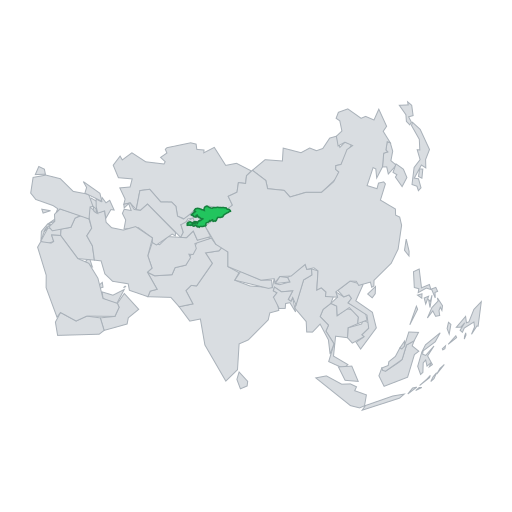 Asia, with Kyrgyzstan highlighted
{"feature_id": "KGZ", "entity_name": "Kyrgyzstan", "entity_type": "country or territory", "adm_level": 0, "iso_a3": "KGZ", "parent_name": "Asia", "parent_adm1": "", "projection": "orthographic", "projection_center": [73.132, 41.224], "detail": "fine", "context": "in_parent", "style": "filled", "palette": "green", "viewbox_px": 512, "rotation_deg": 0, "n_neighbors": 45, "source": "natural_earth", "source_scale": "50m", "svg_char_len": 17048}
<svg xmlns="http://www.w3.org/2000/svg" viewBox="0 0 512 512"><path d="M251.2,170.9L246.5,175.7L245.6,183.5L238.4,182.6L237.0,192.2L228.2,196.3L232.4,205.1L230.4,209.7L207.0,205.8L204.2,210.0L195.3,208.9L184.9,219.2L177.5,216.1L175.9,206.3L171.7,202.1L160.8,202.0L149.7,189.3L139.9,190.6L136.2,209.6L130.2,202.9L123.8,204.3L125.1,199.1L119.8,187.9L130.1,187.0L132.2,178.9L118.4,177.7L113.2,165.2L120.1,156.1L122.3,159.9L131.9,152.8L145.7,161.8L164.0,164.0L165.2,161.7L160.6,157.4L166.9,153.0L165.3,149.3L167.0,147.7L190.7,142.8L196.1,144.1L196.8,149.4L204.0,150.0L203.8,152.8L214.3,147.4L225.7,165.4L236.5,163.3L251.2,170.9Z" fill="#d9dde1" stroke="#a8b0b8" stroke-width="1"/><path d="M136.2,209.6L139.9,190.6L149.7,189.3L160.8,202.0L171.7,202.1L175.9,206.3L177.5,216.1L183.5,219.1L194.4,211.1L192.2,215.0L202.5,218.6L197.4,222.3L192.7,221.8L193.1,218.0L187.7,219.0L184.3,225.1L180.9,224.7L183.3,232.3L180.7,237.4L147.5,204.1L140.4,210.4L136.2,209.6Z" fill="#d9dde1" stroke="#a8b0b8" stroke-width="1"/><path d="M481.3,301.6L478.1,326.2L476.9,326.0L471.5,334.3L474.5,327.0L473.9,322.0L464.3,328.0L462.4,332.3L460.1,330.3L464.7,322.8L460.8,327.2L456.3,327.3L465.6,316.4L466.4,322.8L468.9,321.9L473.9,309.4L481.3,301.6ZM436.6,372.7L434.0,378.6L430.8,381.5L433.1,376.8L436.6,372.7ZM464.3,339.1L464.5,336.6L465.7,332.8L466.0,335.0L464.3,339.1ZM414.1,340.8L412.2,345.9L418.8,351.2L414.4,354.6L407.6,377.2L384.1,386.3L378.9,375.8L381.8,368.0L385.5,371.2L398.9,362.3L402.1,359.5L406.5,345.0L414.1,340.8ZM448.2,344.3L455.8,335.8L456.6,337.6L448.2,344.3ZM444.9,348.7L442.8,349.9L442.3,348.8L445.5,345.8L444.9,348.7ZM448.5,322.3L450.9,324.4L449.2,334.1L447.1,328.5L448.5,322.3ZM425.5,344.8L440.2,332.8L435.2,341.8L423.1,350.9L422.6,354.2L425.7,355.4L434.0,346.0L427.6,355.9L432.4,364.6L429.3,366.8L431.2,362.5L427.0,366.1L425.7,360.0L423.2,362.9L422.9,372.4L420.6,374.5L417.7,366.3L421.8,352.1L425.5,344.8ZM421.8,387.5L415.7,390.5L419.2,387.5L421.8,387.5ZM419.6,385.5L427.0,379.0L430.3,375.4L429.5,377.7L419.6,385.5ZM412.6,388.0L416.8,387.1L407.8,394.0L412.6,388.0ZM365.5,405.5L392.8,396.0L404.2,394.1L399.6,398.1L362.2,410.2L365.5,405.5ZM354.7,390.7L366.4,394.9L364.5,405.8L359.6,407.9L350.4,405.6L315.8,377.9L326.4,375.9L341.7,384.2L350.4,383.9L356.5,386.8L354.7,390.7Z" fill="#d9dde1" stroke="#a8b0b8" stroke-width="1"/><path d="M436.6,374.2L440.0,368.4L444.3,364.5L436.6,374.2Z" fill="#d9dde1" stroke="#a8b0b8" stroke-width="1"/><path d="M50.4,224.4L45.0,229.7L40.9,240.9L41.4,231.4L47.5,224.1L50.4,224.4Z" fill="#d9dde1" stroke="#a8b0b8" stroke-width="1"/><path d="M54.8,221.3L47.6,224.1L54.9,219.1L54.8,221.3Z" fill="#d9dde1" stroke="#a8b0b8" stroke-width="1"/><path d="M47.9,228.1L43.9,232.0L46.9,226.8L47.9,228.1Z" fill="#d9dde1" stroke="#a8b0b8" stroke-width="1"/><path d="M47.9,228.1L61.1,228.9L60.6,235.5L51.6,235.0L53.7,241.5L44.6,244.4L40.9,240.9L47.9,228.1Z" fill="#d9dde1" stroke="#a8b0b8" stroke-width="1"/><path d="M102.1,291.9L112.9,295.2L124.2,289.5L116.4,304.2L103.0,298.5L102.1,291.9Z" fill="#d9dde1" stroke="#a8b0b8" stroke-width="1"/><path d="M99.1,288.5L99.4,284.9L102.3,282.4L103.0,287.2L99.1,288.5Z" fill="#d9dde1" stroke="#a8b0b8" stroke-width="1"/><path d="M89.4,257.8L92.3,266.8L85.3,261.6L89.4,257.8Z" fill="#d9dde1" stroke="#a8b0b8" stroke-width="1"/><path d="M60.6,235.5L61.1,228.9L70.9,227.3L75.0,218.2L82.0,215.3L89.0,219.0L91.7,228.2L86.8,235.8L92.4,245.8L94.4,260.1L77.8,258.6L60.6,235.5Z" fill="#d9dde1" stroke="#a8b0b8" stroke-width="1"/><path d="M117.4,303.4L124.3,293.5L138.7,309.3L128.3,317.8L127.1,324.0L104.1,330.4L100.3,317.9L114.9,316.4L119.1,307.3L117.4,303.4ZM125.6,286.7L123.5,287.6L125.1,286.2L125.6,286.7Z" fill="#d9dde1" stroke="#a8b0b8" stroke-width="1"/><path d="M347.5,337.7L348.0,327.8L361.6,324.0L363.0,320.1L368.5,322.7L368.7,328.3L362.0,334.8L364.2,336.7L352.3,343.1L347.5,337.7Z" fill="#d9dde1" stroke="#a8b0b8" stroke-width="1"/><path d="M357.7,323.7L348.0,327.8L347.5,337.7L335.6,336.2L333.5,356.1L347.9,364.6L343.5,368.4L328.7,361.6L334.0,343.8L325.9,331.1L328.5,325.2L320.1,316.6L323.1,309.4L330.8,303.4L336.7,306.1L337.2,315.7L346.0,308.5L353.2,310.1L358.4,317.1L357.7,323.7Z" fill="#d9dde1" stroke="#a8b0b8" stroke-width="1"/><path d="M367.0,320.1L357.7,323.7L358.4,317.1L349.3,307.6L337.2,315.7L336.7,306.1L330.8,303.4L337.5,297.2L335.8,291.9L343.8,296.9L349.0,294.9L351.5,298.4L348.1,302.9L365.4,312.4L367.0,320.1Z" fill="#d9dde1" stroke="#a8b0b8" stroke-width="1"/><path d="M330.8,303.4L323.1,309.4L320.1,316.6L328.5,325.2L325.9,331.1L334.0,343.8L330.1,354.1L328.4,339.8L320.1,324.1L312.5,332.1L306.7,332.0L306.2,321.6L294.8,308.1L303.6,279.9L311.8,275.0L311.5,268.9L318.0,270.9L316.8,290.0L321.3,287.8L326.0,292.0L325.5,296.5L334.0,295.0L330.8,303.4Z" fill="#d9dde1" stroke="#a8b0b8" stroke-width="1"/><path d="M356.1,342.3L364.2,336.7L362.0,334.8L368.7,328.3L367.0,315.2L348.1,302.9L351.5,298.4L349.0,294.9L343.8,296.9L337.8,290.4L350.0,281.1L363.0,284.8L355.8,300.8L372.4,312.3L376.3,327.9L360.6,349.1L356.1,342.3Z" fill="#d9dde1" stroke="#a8b0b8" stroke-width="1"/><path d="M390.3,142.8L392.7,151.2L390.9,160.7L396.3,165.2L388.3,174.0L386.7,166.9L382.5,166.9L382.8,162.4L383.7,153.2L387.7,151.9L385.9,150.0L387.2,141.7L390.3,142.8Z" fill="#d9dde1" stroke="#a8b0b8" stroke-width="1"/><path d="M393.0,172.4L396.0,163.9L403.4,169.2L406.9,177.5L402.1,186.6L395.4,177.1L396.9,174.7L393.0,172.4Z" fill="#d9dde1" stroke="#a8b0b8" stroke-width="1"/><path d="M252.4,170.3L265.1,159.7L282.4,161.0L283.2,148.1L301.0,152.7L309.7,148.0L316.4,150.7L322.8,148.5L329.7,138.1L336.4,136.2L339.9,147.4L344.9,142.2L351.9,143.8L341.0,164.5L335.8,165.6L335.7,169.4L338.8,172.0L336.4,178.4L321.5,192.4L305.7,192.4L290.0,197.0L284.2,190.4L267.6,188.7L265.8,180.5L252.4,170.3Z" fill="#d9dde1" stroke="#a8b0b8" stroke-width="1"/><path d="M311.5,268.9L311.8,275.0L303.6,279.9L296.1,305.0L292.7,297.8L291.1,301.4L288.2,299.4L292.7,290.9L281.4,291.8L274.5,287.1L273.3,290.8L277.0,292.8L273.5,297.2L276.5,298.0L278.8,310.4L269.8,312.9L268.2,319.9L248.3,339.9L239.1,343.9L237.5,369.7L225.8,381.1L204.9,345.0L200.4,319.0L189.8,321.1L179.1,306.7L192.9,303.9L185.9,290.6L191.2,285.4L196.6,285.9L212.3,263.4L205.5,252.9L219.0,250.8L222.9,246.2L227.9,252.0L227.9,266.6L239.0,272.7L234.8,280.2L250.0,286.0L272.3,287.6L274.2,278.7L275.3,283.6L279.7,284.7L289.8,281.9L287.6,277.6L305.2,264.4L306.8,269.4L311.5,268.9Z" fill="#d9dde1" stroke="#a8b0b8" stroke-width="1"/><path d="M292.7,297.8L295.6,312.0L289.9,302.7L285.6,303.5L285.2,308.4L279.2,308.5L273.5,297.2L277.0,292.8L273.3,290.8L274.5,287.1L281.4,291.8L292.7,290.9L288.2,299.4L291.1,301.4L292.7,297.8Z" fill="#d9dde1" stroke="#a8b0b8" stroke-width="1"/><path d="M287.6,277.6L289.8,281.9L275.3,283.6L279.8,276.5L287.6,277.6Z" fill="#d9dde1" stroke="#a8b0b8" stroke-width="1"/><path d="M271.6,280.2L272.3,287.6L268.5,288.4L234.8,280.2L240.7,271.3L261.1,280.2L271.6,280.2Z" fill="#d9dde1" stroke="#a8b0b8" stroke-width="1"/><path d="M222.9,246.2L219.0,250.8L205.5,252.9L212.3,263.4L196.6,285.9L191.2,285.4L185.9,290.6L192.9,303.9L179.1,306.7L170.9,297.4L147.9,296.7L150.2,291.1L157.1,289.3L147.4,272.2L154.7,275.8L172.0,274.7L175.1,267.6L185.9,265.1L197.4,241.4L211.3,238.1L215.9,244.4L222.9,246.2Z" fill="#d9dde1" stroke="#a8b0b8" stroke-width="1"/><path d="M167.9,236.6L186.4,237.7L193.3,231.0L197.4,240.2L203.4,236.3L211.3,238.1L194.9,243.6L196.3,248.5L193.1,254.5L188.9,254.2L190.5,257.7L185.9,265.1L175.1,267.6L172.0,274.7L154.7,275.8L147.4,272.2L152.0,268.1L147.8,255.8L152.3,242.5L159.6,244.7L167.9,236.6Z" fill="#d9dde1" stroke="#a8b0b8" stroke-width="1"/><path d="M180.7,237.4L183.3,232.3L180.9,224.7L193.1,218.0L194.4,221.8L188.0,225.3L205.1,226.1L210.6,236.6L197.4,240.2L193.3,231.0L186.4,237.7L180.7,237.4Z" fill="#d9dde1" stroke="#a8b0b8" stroke-width="1"/><path d="M123.8,204.3L130.2,202.9L134.2,209.5L140.4,210.4L147.5,204.1L175.6,232.7L175.3,235.9L172.2,234.1L156.4,245.0L152.3,242.5L152.5,238.0L138.3,227.6L124.0,229.0L125.7,220.0L122.4,213.4L124.2,209.3L131.1,210.5L128.7,203.6L124.2,207.9L123.8,204.3Z" fill="#d9dde1" stroke="#a8b0b8" stroke-width="1"/><path d="M94.4,260.1L92.4,245.8L86.8,235.8L91.7,228.2L88.2,214.3L90.1,206.9L96.3,212.9L104.6,210.9L106.1,222.3L111.6,227.7L123.4,230.1L135.6,226.6L152.5,238.0L147.8,255.8L152.0,268.1L147.4,272.2L157.1,289.3L150.2,291.1L147.9,296.7L129.4,290.3L128.2,283.8L112.6,281.3L104.9,273.9L101.1,260.9L94.4,260.1Z" fill="#d9dde1" stroke="#a8b0b8" stroke-width="1"/><path d="M49.0,226.9L54.8,221.3L54.5,214.3L59.9,208.9L80.2,215.4L75.0,218.2L70.9,227.3L52.3,230.8L49.0,226.9Z" fill="#d9dde1" stroke="#a8b0b8" stroke-width="1"/><path d="M97.7,213.2L89.9,202.2L91.0,198.0L97.4,201.8L97.7,213.2Z" fill="#d9dde1" stroke="#a8b0b8" stroke-width="1"/><path d="M89.0,219.0L59.9,208.9L56.1,212.7L57.7,208.7L53.1,205.6L35.8,199.5L30.7,193.1L33.1,177.4L45.9,175.1L60.3,178.7L73.2,191.4L88.6,194.3L93.0,206.4L90.1,206.9L89.0,219.0ZM38.8,166.5L44.4,169.2L45.4,174.2L35.3,174.6L38.8,166.5Z" fill="#d9dde1" stroke="#a8b0b8" stroke-width="1"/><path d="M247.7,381.4L247.1,386.0L240.4,388.8L236.9,379.4L239.1,372.0L247.7,381.4Z" fill="#d9dde1" stroke="#a8b0b8" stroke-width="1"/><path d="M372.2,297.8L367.7,294.0L375.5,286.5L375.2,293.8L372.2,297.8ZM205.1,226.1L232.4,205.1L228.2,196.3L237.0,192.2L238.4,182.6L245.6,183.5L246.5,175.7L252.4,170.3L265.8,180.5L267.6,188.7L284.2,190.4L290.0,197.0L305.7,192.4L321.5,192.4L333.6,181.8L338.8,172.0L335.7,169.4L335.8,165.6L341.0,164.5L347.0,149.5L352.6,145.6L344.9,142.2L338.1,146.0L336.4,136.2L341.9,131.0L339.8,120.8L336.1,118.3L338.4,112.3L347.8,108.9L361.1,118.3L365.6,116.4L374.0,120.0L378.8,109.2L386.6,126.3L383.2,131.3L390.3,142.8L387.2,141.7L385.9,150.0L387.7,151.9L383.7,153.2L382.5,166.9L376.7,178.0L375.8,168.9L373.1,167.6L367.1,185.6L377.0,188.7L378.5,183.1L383.7,181.9L385.4,183.9L380.4,200.1L395.4,209.0L395.6,215.1L399.7,217.1L401.6,225.3L398.1,249.1L391.2,263.3L374.0,280.3L373.9,285.9L371.7,287.3L370.4,282.1L358.7,285.4L356.3,281.3L350.0,281.1L335.8,291.9L337.5,297.2L325.5,296.5L326.0,292.0L321.3,287.8L316.8,290.0L318.0,270.9L313.9,267.8L306.8,269.4L305.2,264.4L291.1,276.1L279.8,276.5L275.1,282.6L274.2,278.7L261.1,280.2L227.9,266.6L227.9,252.0L215.9,244.4L205.1,226.1Z" fill="#d9dde1" stroke="#a8b0b8" stroke-width="1"/><path d="M406.2,239.1L409.1,251.3L409.0,256.0L404.5,250.3L406.2,239.1Z" fill="#d9dde1" stroke="#a8b0b8" stroke-width="1"/><path d="M102.1,197.6L106.0,202.8L109.7,200.3L114.1,210.0L110.9,209.6L105.9,218.2L104.6,210.9L97.7,213.2L96.2,206.5L96.1,198.9L101.2,201.7L102.1,197.6ZM96.3,212.9L94.1,211.4L93.0,206.4L96.0,208.7L96.3,212.9Z" fill="#d9dde1" stroke="#a8b0b8" stroke-width="1"/><path d="M83.3,181.6L99.9,193.3L101.8,201.3L84.9,193.1L86.6,187.5L83.3,181.6Z" fill="#d9dde1" stroke="#a8b0b8" stroke-width="1"/><path d="M421.8,298.2L417.5,295.1L422.0,293.8L421.8,298.2ZM430.0,307.5L428.6,299.6L430.3,301.3L432.0,295.2L430.0,307.5ZM437.4,297.9L442.5,305.7L441.9,310.4L440.3,307.2L439.0,310.6L439.7,315.5L435.6,316.3L432.8,310.9L427.4,318.0L431.9,307.6L438.1,301.0L437.4,297.9ZM417.6,309.3L409.8,324.8L416.4,306.2L417.6,309.3ZM419.2,269.0L421.5,287.8L429.4,284.5L430.9,289.5L426.3,288.1L418.2,292.6L418.8,288.7L414.3,287.5L413.5,271.7L419.2,269.0ZM425.7,304.0L424.2,298.0L428.6,296.2L425.7,304.0ZM435.8,287.4L437.6,291.4L435.0,292.4L435.2,297.9L431.5,289.0L435.8,287.4Z" fill="#d9dde1" stroke="#a8b0b8" stroke-width="1"/><path d="M338.4,366.9L351.8,366.1L358.2,381.4L345.1,380.3L338.4,366.9ZM414.1,340.8L406.5,345.0L402.1,359.5L385.5,371.2L382.6,370.4L381.8,368.0L388.2,365.5L388.9,361.6L395.4,356.4L399.9,347.9L404.4,346.1L408.8,332.0L418.5,332.4L414.1,340.8Z" fill="#d9dde1" stroke="#a8b0b8" stroke-width="1"/><path d="M404.5,341.2L404.4,346.1L401.8,349.0L399.9,347.9L404.5,341.2Z" fill="#d9dde1" stroke="#a8b0b8" stroke-width="1"/><path d="M420.2,129.4L429.5,149.5L425.6,159.5L425.8,167.9L421.4,165.0L414.3,178.1L418.5,178.8L421.0,187.8L418.4,190.7L416.9,186.2L412.0,184.5L414.1,167.5L420.1,159.6L417.2,149.7L419.8,150.0L419.3,139.3L411.5,125.5L412.5,122.3L420.2,129.4ZM408.2,104.9L407.6,101.8L411.7,105.3L413.1,115.6L408.6,116.8L411.4,122.2L409.8,124.9L406.4,121.4L405.9,114.7L399.3,105.3L408.2,104.9ZM418.5,176.5L419.6,168.9L422.8,169.1L421.9,178.2L418.5,176.5Z" fill="#d9dde1" stroke="#a8b0b8" stroke-width="1"/><path d="M100.3,317.9L104.1,330.4L99.2,334.2L57.6,335.4L55.4,322.1L60.5,312.5L76.1,321.0L86.8,316.1L100.3,317.9Z" fill="#d9dde1" stroke="#a8b0b8" stroke-width="1"/><path d="M40.8,241.6L51.1,243.1L53.7,241.5L51.6,235.0L60.6,235.5L77.8,258.6L88.8,263.3L97.9,278.2L103.0,298.5L117.4,303.4L119.1,307.3L114.9,316.4L86.8,316.1L76.1,321.0L60.5,312.5L57.0,317.2L46.1,287.7L46.2,275.2L37.6,247.2L40.8,241.6Z" fill="#d9dde1" stroke="#a8b0b8" stroke-width="1"/><path d="M50.5,210.7L43.1,213.1L41.8,209.2L50.5,210.7Z" fill="#d9dde1" stroke="#a8b0b8" stroke-width="1"/><path d="M194.1,221.8L194.3,221.7L194.7,221.6L195.5,221.6L195.8,221.6L196.1,221.8L196.4,222.0L196.6,222.0L196.8,221.9L196.9,222.0L197.0,222.2L197.1,222.3L197.4,222.1L197.7,221.9L197.9,221.8L198.1,221.8L198.2,221.6L198.4,221.3L198.9,220.8L199.1,220.7L199.3,220.7L199.3,220.8L199.8,221.0L199.9,220.9L200.0,220.7L199.8,220.4L199.9,220.2L200.6,220.4L201.0,220.2L201.3,219.9L201.4,219.7L202.8,219.0L202.9,218.9L202.3,218.6L202.0,218.7L201.8,218.7L201.7,218.6L201.0,218.6L200.8,218.5L200.4,218.0L200.1,217.8L199.8,217.6L199.5,217.7L199.2,217.8L199.1,217.7L199.1,217.2L198.8,216.9L198.6,217.0L198.2,216.9L197.9,216.8L197.8,216.2L197.7,216.0L197.6,215.7L197.4,215.6L197.2,215.5L197.2,215.1L196.8,215.2L196.9,215.6L196.8,215.9L196.8,216.1L196.6,216.2L196.4,216.2L196.1,216.0L196.0,217.1L195.6,217.0L195.3,217.1L194.9,217.0L194.5,216.8L194.3,216.8L193.9,216.6L193.6,216.4L193.4,215.7L193.2,215.4L192.4,215.6L192.1,215.4L191.7,215.1L191.3,215.0L191.2,214.9L191.3,214.7L192.4,213.9L192.8,213.4L193.1,213.2L193.5,213.0L193.8,212.9L193.9,212.4L194.0,212.4L194.7,212.1L195.4,211.7L195.5,211.6L195.4,211.5L195.1,211.2L194.7,211.0L194.4,211.2L194.2,211.0L194.2,210.7L194.4,210.3L194.6,210.1L194.7,209.7L195.0,209.5L195.3,209.0L195.6,208.7L196.3,208.5L196.6,208.6L196.9,208.5L197.5,208.3L197.8,208.3L199.1,208.6L199.5,208.6L200.6,209.1L201.1,209.2L201.4,209.3L201.5,209.5L201.8,209.7L203.1,209.9L203.4,210.0L203.6,210.2L203.9,210.4L204.3,210.5L204.0,209.5L204.1,208.9L204.5,207.4L204.7,207.1L205.1,206.9L205.7,206.7L206.0,206.3L206.5,206.4L206.9,206.3L207.0,206.1L207.6,206.4L208.6,207.0L209.3,207.4L210.2,207.8L211.5,208.1L212.5,208.2L213.1,207.6L213.3,207.6L213.6,207.6L214.7,207.6L215.8,207.6L216.4,207.5L217.5,207.2L217.9,207.2L218.6,207.5L219.1,207.5L219.5,207.5L220.1,207.5L220.8,207.5L221.7,207.6L222.7,207.5L223.0,207.5L223.6,207.5L224.0,207.6L224.6,207.8L225.0,207.8L225.7,207.8L225.9,207.8L226.1,207.8L226.3,208.3L226.6,208.6L226.9,208.9L227.2,209.2L227.4,209.3L227.9,209.3L228.6,209.3L229.1,209.4L229.7,210.0L230.3,210.5L230.4,210.8L230.5,211.2L230.5,211.3L230.4,211.3L229.2,211.5L228.7,212.2L227.7,212.7L227.2,212.9L226.9,212.9L226.4,213.3L224.9,214.2L224.1,214.8L223.7,215.1L223.4,215.3L223.4,215.6L223.4,215.8L222.6,216.9L221.9,217.1L221.4,217.1L221.0,217.3L220.5,217.5L219.3,217.4L218.9,217.5L218.1,217.3L217.8,217.4L217.5,217.7L217.1,218.6L216.9,218.8L216.8,219.0L216.7,219.4L216.6,219.8L216.4,220.2L216.2,220.5L215.9,220.8L215.6,221.1L215.3,220.7L215.1,220.8L214.9,221.0L214.6,220.9L214.3,221.0L213.8,221.4L213.0,221.4L212.8,220.3L212.6,219.8L212.5,219.7L212.4,219.7L211.3,220.5L210.8,220.7L210.3,220.7L209.8,220.5L209.7,220.5L209.5,220.8L209.7,221.3L209.4,221.3L209.0,221.5L208.8,221.7L208.0,222.4L207.3,222.6L206.7,222.7L206.4,222.8L206.1,223.2L205.9,223.8L205.8,224.0L205.7,224.2L205.7,224.4L205.9,224.6L206.0,225.2L206.0,225.3L205.9,225.6L205.7,225.8L205.2,226.0L204.9,226.0L204.6,226.0L204.2,226.0L203.9,226.1L203.7,226.2L203.3,226.4L202.8,226.5L202.1,226.5L201.8,226.5L200.9,226.4L200.5,226.4L200.2,226.5L199.7,226.6L199.4,226.9L199.3,227.2L199.2,227.3L198.8,227.0L198.6,226.7L198.4,226.5L198.2,226.5L197.5,226.9L197.3,226.9L197.1,226.7L197.2,226.4L197.2,226.1L196.9,226.0L196.4,226.0L196.3,225.8L196.3,225.6L196.3,225.4L196.1,225.2L195.9,225.2L195.6,225.3L195.3,225.5L195.0,225.6L194.7,225.6L194.2,226.1L193.4,226.2L193.1,226.1L192.9,225.8L192.6,225.3L192.5,225.2L192.2,225.1L191.8,225.2L191.2,225.3L191.0,225.2L190.9,225.1L190.7,225.3L190.6,225.2L190.0,225.3L189.3,225.2L188.8,225.1L188.6,225.1L188.0,225.3L187.7,225.3L187.3,225.3L187.3,224.5L187.1,224.0L187.2,223.7L187.3,223.2L187.5,223.0L188.0,223.3L188.2,223.1L188.1,222.9L188.1,222.7L188.4,222.3L189.3,222.0L190.2,221.8L190.6,222.0L191.4,222.4L191.8,222.6L192.1,222.7L192.3,223.2L192.5,223.2L192.8,223.0L192.9,222.6L193.2,222.3L194.1,222.0L194.1,221.9L194.1,221.8ZM195.1,223.6L195.0,223.2L195.2,222.8L194.8,222.7L194.6,222.6L194.4,222.3L194.3,222.2L194.2,222.3L194.1,222.6L194.2,222.8L194.3,223.0L194.5,223.1L194.4,223.2L194.3,223.6L194.5,223.6L194.9,223.7L195.1,223.6ZM193.1,223.9L192.9,223.8L192.5,223.7L192.2,223.6L192.3,223.9L192.5,224.1L193.1,223.9ZM197.4,223.4L197.5,223.1L197.4,223.1L197.2,223.2L197.0,223.3L197.1,223.5L197.3,223.6L197.4,223.4Z" fill="#22c55e" stroke="#15803d" stroke-width="1.5"/></svg>